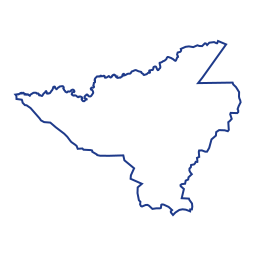 outline of Young, Río Negro, Uruguay
{"feature_id": "84410073B75635115155614", "entity_name": "Young", "entity_type": "district", "adm_level": 2, "iso_a3": "URY", "parent_name": "Uruguay", "parent_adm1": "Río Negro", "projection": "albers", "projection_center": [-57.732, -32.654], "detail": "fine", "context": "isolated", "style": "outline", "palette": "blue", "viewbox_px": 256, "rotation_deg": 0, "n_neighbors": 0, "source": "geoboundaries", "source_scale": "gbopen_adm2", "svg_char_len": 5448}
<svg xmlns="http://www.w3.org/2000/svg" viewBox="0 0 256 256"><path d="M124.2,74.3L123.9,73.9L123.3,73.9L123.1,74.1L123.0,74.3L122.6,74.6L122.5,75.1L122.4,75.5L122.6,75.8L122.5,76.1L122.3,76.4L121.4,76.7L120.8,77.4L120.1,77.7L119.5,77.5L118.9,77.7L117.7,77.9L116.9,77.6L116.3,77.1L116.8,76.4L115.8,76.2L115.6,76.0L115.4,75.4L115.1,75.5L114.8,75.4L114.2,74.7L113.9,74.8L113.7,75.0L113.4,74.8L112.6,75.3L112.0,76.0L111.9,76.2L112.0,76.5L111.1,77.3L110.7,77.5L110.4,77.4L109.8,77.0L109.4,76.5L108.9,76.1L108.6,76.1L107.9,76.7L106.5,77.5L105.6,77.7L105.1,77.7L104.8,77.5L104.6,76.6L104.7,76.3L104.3,75.9L104.0,75.8L103.6,75.8L103.1,76.0L101.9,76.3L101.4,75.9L101.2,76.0L100.7,75.7L100.4,75.8L100.2,76.0L100.2,76.4L99.8,76.5L99.4,76.5L98.9,76.3L98.1,76.6L97.4,76.4L97.1,76.4L95.5,78.0L94.9,78.9L94.6,80.2L94.8,80.5L95.0,80.5L95.0,82.1L94.6,82.5L93.9,82.8L93.7,84.5L93.3,85.3L93.9,86.3L94.0,86.8L93.9,87.2L93.1,87.7L92.2,87.5L91.5,87.7L90.8,88.5L90.9,89.3L91.1,89.6L91.5,89.8L92.0,89.8L92.3,90.1L93.0,91.5L93.2,92.6L93.1,93.1L91.3,95.8L90.5,96.4L89.1,96.4L88.3,95.8L88.1,95.6L88.1,95.3L87.6,95.0L87.3,94.6L87.0,94.5L86.5,94.6L86.0,95.3L85.5,95.5L84.5,96.7L84.5,98.0L85.1,98.1L85.4,98.5L86.6,99.0L86.7,99.3L86.6,99.5L86.1,99.4L85.6,99.5L85.6,99.8L85.0,100.3L84.7,100.8L84.1,101.2L83.0,101.1L82.3,100.4L81.9,99.8L81.9,99.3L81.6,99.0L81.7,98.8L82.1,98.6L82.0,97.4L81.4,96.9L81.2,96.9L80.4,96.5L79.7,96.7L79.2,96.5L78.6,97.1L78.2,97.1L78.1,96.9L77.6,96.9L77.3,96.7L76.1,95.7L75.6,95.5L74.8,95.3L74.2,95.6L73.5,95.6L73.1,95.5L72.8,95.1L72.5,95.0L72.2,94.6L71.9,94.6L71.7,94.2L71.8,93.9L72.1,93.1L72.2,92.7L72.6,92.3L73.2,92.1L73.7,92.0L74.0,92.1L74.4,91.6L74.3,90.9L74.0,90.4L73.6,89.9L73.1,89.7L72.3,89.7L71.3,90.2L71.3,90.6L70.3,91.3L69.6,91.6L68.7,91.4L67.9,91.5L67.7,91.7L67.5,92.1L66.8,92.4L66.5,92.3L65.7,91.9L65.3,91.6L65.2,91.1L64.2,90.1L64.0,89.7L64.0,89.2L63.3,88.6L63.5,87.6L63.7,87.4L63.5,86.9L63.4,86.7L62.8,86.2L61.8,86.2L59.8,86.5L59.4,86.7L58.7,87.4L58.1,87.6L56.6,89.2L56.4,89.2L56.1,88.6L55.3,88.2L55.1,87.8L55.0,87.0L54.9,86.8L54.6,86.6L53.9,86.7L53.2,87.2L53.2,87.7L53.0,88.1L52.8,88.9L52.4,89.6L52.1,90.3L51.9,90.4L51.6,90.8L51.4,90.9L50.9,91.8L49.9,93.1L49.5,93.3L49.0,93.2L48.2,93.6L47.2,93.6L46.9,93.5L46.8,93.3L46.9,92.8L46.8,92.3L46.5,92.1L46.2,91.2L45.9,91.2L45.6,91.4L45.5,91.8L45.0,92.4L43.4,93.8L42.8,95.0L42.1,95.9L41.4,95.9L40.4,95.2L39.9,95.4L39.2,95.3L38.8,94.7L38.9,94.4L38.8,94.1L38.5,94.1L38.2,93.5L37.6,93.4L37.2,93.5L36.7,93.5L36.1,92.8L35.3,92.7L33.4,92.8L30.5,94.6L29.8,95.8L29.7,95.8L29.6,95.7L29.6,95.2L28.5,95.0L28.2,94.9L27.8,94.3L27.1,94.5L26.7,94.4L26.6,94.6L26.3,94.7L25.8,94.4L25.8,94.1L25.4,94.0L25.3,94.4L25.1,94.6L24.5,94.5L24.4,93.7L23.8,93.1L23.2,92.8L22.8,93.3L22.5,93.4L21.6,92.9L21.5,93.0L21.4,93.4L21.2,93.5L21.0,93.2L20.6,93.0L20.4,93.1L20.3,93.4L20.0,93.4L19.4,93.9L18.7,94.3L18.5,94.1L17.8,94.2L16.2,94.5L15.4,94.6L16.4,95.9L16.5,99.0L21.8,99.7L22.3,101.1L22.6,102.7L24.9,105.1L26.6,105.3L30.6,108.1L39.6,118.4L41.0,120.4L44.1,122.1L50.3,122.6L55.8,127.3L64.2,133.7L67.3,136.8L70.2,140.7L71.4,142.1L75.0,144.6L76.6,145.9L77.7,148.8L82.4,148.5L83.5,149.7L90.7,150.1L92.1,150.5L92.3,151.8L96.9,154.5L97.2,155.1L100.0,155.7L108.9,155.8L123.3,155.4L124.4,160.3L134.1,168.3L130.9,175.3L130.6,178.8L141.9,183.8L137.7,187.4L137.5,193.1L138.9,200.2L140.4,201.8L140.1,204.4L141.0,206.1L142.0,206.5L145.6,205.0L147.5,204.9L149.0,205.7L152.4,208.9L156.5,208.3L160.0,208.3L160.9,207.9L161.3,204.8L162.0,204.4L163.6,204.6L168.6,206.9L172.1,210.1L170.8,211.3L170.9,212.4L173.0,215.0L175.4,212.5L179.4,209.9L182.6,209.3L185.9,209.7L190.1,211.3L190.2,209.4L191.9,209.4L192.3,206.6L192.0,203.5L189.4,199.9L188.9,198.6L181.7,198.2L183.9,189.0L180.7,186.2L180.5,185.1L181.6,184.2L185.1,183.7L185.7,180.6L188.2,179.5L188.5,177.3L191.8,174.2L190.3,172.4L189.4,170.5L189.5,168.5L190.8,167.3L191.1,165.0L194.0,164.4L195.0,163.4L195.7,161.8L197.3,161.9L197.4,160.8L197.0,157.9L199.2,156.9L198.8,151.9L199.1,150.5L201.9,150.4L205.3,151.7L207.0,151.7L209.2,147.9L211.5,139.4L215.9,135.6L216.2,132.1L219.1,130.1L224.7,130.3L227.8,131.2L228.8,129.9L228.6,127.2L228.3,122.2L229.9,120.9L231.7,118.9L230.2,114.2L230.7,112.9L237.2,113.1L238.2,112.1L238.2,110.3L237.6,109.1L238.7,106.1L240.6,102.3L240.2,100.3L239.3,98.3L239.0,96.6L239.1,92.1L236.0,87.1L233.2,84.4L232.6,82.6L198.1,83.1L202.4,77.6L226.1,44.4L218.0,41.0L217.2,43.2L216.4,43.2L214.1,42.1L209.3,42.7L207.1,45.0L205.7,43.4L204.8,43.4L202.1,46.1L199.4,46.0L197.4,45.3L193.3,47.1L188.9,46.4L185.7,46.8L180.8,48.9L181.1,49.9L181.1,50.6L180.7,51.4L180.1,51.9L177.7,52.5L177.1,54.4L177.1,54.7L177.9,56.1L178.0,56.9L177.4,57.1L177.0,57.9L176.2,59.9L175.8,60.6L175.4,60.8L174.7,60.5L172.9,59.0L172.1,58.7L171.6,58.2L168.3,57.0L167.6,57.0L166.9,57.7L166.3,59.2L164.5,60.7L162.9,61.3L162.5,61.7L161.2,62.4L159.7,62.8L159.6,63.4L160.3,66.4L160.3,67.5L160.1,68.0L159.0,69.1L158.4,70.0L157.7,70.1L157.1,69.3L156.2,67.1L155.9,66.7L155.5,66.5L154.8,66.5L153.7,67.0L153.4,67.4L153.4,68.1L153.2,69.0L152.6,70.0L151.8,69.9L150.1,70.4L149.5,70.4L149.3,70.6L149.2,71.0L149.7,71.6L150.0,72.1L149.9,72.6L149.5,72.8L148.4,72.7L148.1,72.9L146.6,74.2L144.0,75.0L143.6,74.8L143.5,74.4L142.9,73.8L141.6,73.0L141.4,72.3L141.1,71.9L138.6,71.3L135.9,70.1L135.3,70.1L133.5,70.8L132.8,71.2L131.9,71.4L131.2,72.2L130.9,72.9L130.3,73.5L129.7,73.7L128.4,73.7L127.4,73.9L126.8,74.3L126.6,74.3L126.1,74.7L125.0,75.2L124.2,75.4L124.0,75.0L124.2,74.3Z" fill="none" stroke="#1e3a8a" stroke-width="2"/></svg>